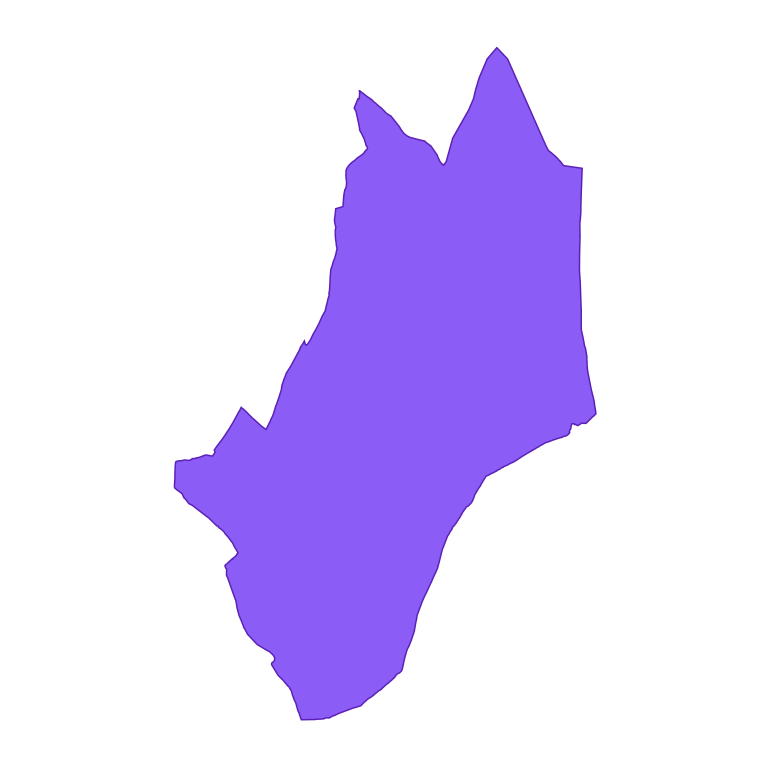 outline of Gjerstad nor, Aust-Agder, Norway, rotated 89°
{"feature_id": "86288312B47450701300036", "entity_name": "Gjerstad nor", "entity_type": "district", "adm_level": 2, "iso_a3": "NOR", "parent_name": "Norway", "parent_adm1": "Aust-Agder", "projection": "equal_earth", "projection_center": [8.999, 58.878], "detail": "fine", "context": "isolated", "style": "filled", "palette": "violet", "viewbox_px": 768, "rotation_deg": 89, "n_neighbors": 0, "source": "geoboundaries", "source_scale": "gbopen_adm2", "svg_char_len": 6104}
<svg xmlns="http://www.w3.org/2000/svg" viewBox="0 0 768 768"><g transform="rotate(89 384 384)"><path d="M718.2,472.6L718.3,469.5L718.2,464.4L718.3,463.4L718.2,462.6L718.3,459.9L718.0,456.9L717.9,452.7L717.8,451.2L717.5,449.2L717.0,448.5L716.7,447.0L717.0,445.1L716.7,444.0L715.3,441.7L714.3,438.6L712.7,435.3L707.5,420.6L706.8,417.9L705.3,412.7L702.4,409.9L698.5,405.4L697.7,403.9L696.6,402.1L694.8,399.6L693.3,398.1L692.4,396.7L691.0,395.1L690.3,394.1L690.0,393.2L689.4,392.4L689.2,392.0L688.2,391.1L687.0,389.7L685.4,388.0L683.8,386.0L683.2,385.0L681.2,382.8L680.6,381.8L679.7,381.0L677.8,378.8L676.6,377.9L674.5,376.3L674.2,375.9L673.0,373.4L671.1,371.4L669.0,370.6L661.2,368.8L656.9,367.7L649.9,365.5L646.2,363.5L639.9,360.9L631.7,358.0L624.0,356.6L622.6,356.2L621.6,356.1L620.1,355.6L616.1,355.0L602.2,349.6L596.8,347.1L593.7,345.4L584.9,341.2L582.5,339.9L581.0,339.3L577.4,337.7L573.9,335.9L569.1,333.7L562.5,331.8L550.8,328.7L536.9,323.0L535.5,321.9L532.3,320.1L531.0,319.0L530.2,318.7L529.9,318.4L528.2,317.8L527.9,317.5L526.8,316.2L525.3,315.2L523.7,313.8L522.4,313.1L521.0,312.0L519.9,311.6L519.7,311.2L518.9,310.5L517.4,309.8L516.1,309.0L515.7,308.6L514.6,308.2L514.1,307.8L513.3,307.4L512.7,306.8L510.8,305.6L509.9,304.7L509.3,304.3L508.2,303.8L507.5,301.9L504.5,298.9L503.4,298.1L500.1,296.5L496.4,295.2L490.5,291.6L487.1,289.1L485.7,288.6L484.5,287.7L478.4,283.9L477.6,282.9L477.0,281.2L474.9,277.3L474.7,276.3L474.1,275.4L473.1,273.2L472.4,272.4L472.4,271.9L471.8,271.6L471.1,269.6L470.7,268.9L469.7,267.9L469.5,267.2L469.5,266.6L468.4,265.2L467.7,263.0L465.4,258.7L464.8,257.0L463.2,253.9L459.5,248.2L457.2,244.4L451.6,234.4L449.9,231.5L449.7,230.8L448.8,229.6L445.5,223.4L444.2,219.1L443.0,216.1L442.7,214.9L441.2,210.3L440.3,206.6L439.4,205.0L439.4,204.3L438.8,202.2L438.2,201.5L437.9,201.0L436.8,199.8L436.2,199.6L435.7,199.2L434.7,199.5L434.4,199.4L431.8,198.0L430.3,197.8L429.1,197.6L428.0,197.1L427.3,197.1L427.1,196.7L426.9,196.5L426.9,195.8L427.2,195.1L427.1,194.9L427.5,194.4L427.9,194.1L428.0,193.9L427.8,193.7L427.6,193.5L427.9,192.8L429.0,191.2L428.7,190.7L428.5,190.1L427.8,188.8L427.2,188.1L426.5,186.8L426.8,185.2L426.7,184.5L426.8,184.3L426.9,182.8L425.4,181.1L420.6,176.1L419.8,175.0L417.6,172.7L416.0,172.7L409.6,173.7L405.0,174.2L400.2,175.2L396.1,176.2L392.9,176.9L377.3,179.7L373.5,180.3L367.3,180.7L365.5,180.6L362.7,180.8L359.9,180.7L352.0,181.9L349.4,182.8L341.0,184.2L333.1,185.8L317.5,185.6L312.9,185.5L306.3,185.7L286.1,186.0L274.4,186.6L258.0,186.2L239.4,185.4L227.4,185.4L217.3,184.3L211.2,184.1L199.4,183.6L171.8,182.1L168.8,200.6L164.4,203.9L162.9,205.4L160.5,207.4L157.2,211.0L153.4,215.5L148.7,217.9L61.3,254.7L49.7,265.3L60.7,275.1L79.5,283.5L90.8,287.1L100.5,289.6L111.4,294.5L139.4,311.0L162.7,317.9L166.3,320.7L163.7,323.4L162.2,324.3L158.2,326.1L155.9,326.9L146.9,332.9L143.0,338.0L141.9,338.8L138.9,350.3L138.7,350.5L138.2,352.9L136.4,356.6L133.9,359.6L130.3,362.3L126.9,364.2L116.1,372.5L115.4,373.7L115.0,374.6L113.0,377.2L110.5,379.5L107.5,382.4L106.5,383.9L103.3,387.3L101.5,389.5L99.5,391.3L96.3,395.8L90.3,403.3L90.4,403.5L90.9,403.6L92.5,403.1L93.7,403.4L95.0,403.4L95.3,403.5L98.0,403.8L98.6,404.0L98.8,404.3L98.4,405.1L107.6,409.0L110.6,407.3L123.5,404.7L127.9,404.0L129.8,403.9L132.9,402.2L139.1,399.3L140.9,399.0L142.3,398.4L145.0,397.8L146.8,396.7L148.2,396.4L148.8,396.7L149.6,397.5L149.7,397.8L151.9,399.6L152.6,400.0L153.3,400.6L155.8,404.0L157.4,406.6L159.2,408.5L161.7,412.0L163.5,414.1L165.7,416.0L167.7,417.3L169.6,418.2L174.3,418.4L178.1,418.3L179.1,418.1L181.2,417.9L183.7,418.0L186.1,418.3L187.6,418.9L189.0,419.7L193.5,420.7L197.7,421.2L205.9,421.9L207.9,429.2L213.0,429.8L219.0,430.7L221.4,430.5L226.8,429.4L229.0,430.0L235.2,430.1L239.1,429.8L241.8,429.4L244.9,429.2L246.7,428.7L247.6,428.6L252.1,429.6L257.2,431.0L257.8,431.3L259.9,432.3L264.9,433.8L268.4,435.1L276.9,436.0L279.9,436.1L289.9,436.9L292.2,437.5L294.0,437.2L298.0,438.5L303.6,439.9L304.9,440.4L307.2,440.8L310.4,441.8L313.6,443.7L314.2,444.1L315.7,444.9L322.0,447.8L328.1,451.1L332.4,453.7L338.9,457.0L343.2,460.0L343.6,461.7L339.6,462.9L342.4,464.5L346.0,467.0L348.8,468.1L364.7,477.0L369.2,480.0L371.4,481.4L378.0,484.1L381.7,485.4L384.3,486.2L388.1,486.8L389.6,487.3L397.6,490.0L400.1,491.0L403.5,492.2L404.4,492.7L411.1,494.8L414.5,496.1L416.6,497.3L419.8,498.7L420.8,499.3L427.4,502.7L424.0,507.3L418.2,513.4L415.9,516.0L412.5,519.3L409.6,522.0L406.8,524.9L404.9,527.2L408.2,528.9L409.6,529.9L419.3,535.3L424.9,538.8L426.2,539.5L429.0,541.6L432.5,543.9L437.3,547.4L443.3,552.2L447.2,554.9L449.5,554.1L452.1,556.1L453.0,556.6L453.0,557.2L452.7,559.0L451.8,563.1L452.3,565.0L454.0,569.5L454.8,573.6L455.1,574.5L455.3,575.8L455.2,577.1L456.1,577.7L456.9,580.0L456.9,581.8L456.6,583.3L456.5,584.3L456.7,586.1L457.0,586.9L457.2,588.7L457.2,590.4L457.4,591.5L457.9,593.2L458.2,593.5L459.9,593.9L462.6,594.2L470.2,594.6L474.6,594.7L476.3,594.9L478.7,595.0L481.4,595.3L484.1,595.2L486.0,593.2L487.9,590.7L488.9,589.4L489.9,588.2L491.0,587.4L492.6,586.7L494.2,586.1L495.6,584.6L500.2,581.2L501.5,578.8L502.1,577.5L502.7,576.9L513.5,563.4L514.3,562.4L514.4,561.8L515.6,560.9L522.9,553.7L523.1,552.6L524.6,551.8L526.8,548.8L528.8,546.8L531.4,545.1L533.6,543.1L540.6,538.0L543.5,536.7L550.2,532.9L551.1,533.7L552.9,534.8L554.2,536.2L555.6,537.9L555.9,538.5L556.4,538.3L556.7,538.8L556.6,539.1L557.4,540.3L557.8,540.6L558.9,542.0L561.2,544.3L562.1,545.8L563.2,546.2L565.4,545.4L566.1,544.7L566.7,544.5L567.7,544.7L572.7,544.8L574.7,543.8L588.6,539.2L596.7,536.4L598.5,535.8L606.2,534.7L607.0,534.3L608.0,534.2L613.4,532.8L618.2,530.8L624.2,528.6L624.9,528.6L625.4,528.2L627.7,526.8L631.7,524.9L642.3,515.3L648.1,506.0L649.8,502.9L653.0,499.7L654.4,498.8L655.4,498.2L658.1,498.2L659.6,499.3L660.2,500.0L660.8,501.0L662.2,501.3L663.4,500.9L673.5,494.9L676.9,491.7L677.6,491.0L678.2,490.2L680.5,488.5L682.6,486.7L683.5,486.1L684.2,485.5L684.8,484.7L685.3,484.2L687.1,483.4L687.5,483.0L689.3,482.0L690.6,481.6L692.2,481.3L697.9,479.4L701.3,477.8L708.6,475.9L710.7,475.1L711.8,474.5L712.5,474.4L718.2,472.6Z" fill="#8b5cf6" stroke="#5b21b6" stroke-width="1.5"/></g></svg>